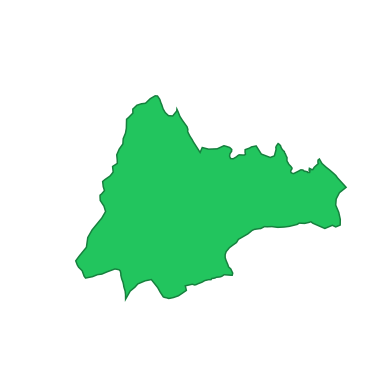 Igalamela-Odolu, Kogi, Nigeria (Albers equal-area conic projection), rotated 150°
{"feature_id": "59680162B24636018787341", "entity_name": "Igalamela-Odolu", "entity_type": "district", "adm_level": 2, "iso_a3": "NGA", "parent_name": "Nigeria", "parent_adm1": "Kogi", "projection": "albers", "projection_center": [6.989, 7.036], "detail": "fine", "context": "isolated", "style": "filled", "palette": "green", "viewbox_px": 384, "rotation_deg": 150, "n_neighbors": 0, "source": "geoboundaries", "source_scale": "gbopen_adm2", "svg_char_len": 3290}
<svg xmlns="http://www.w3.org/2000/svg" viewBox="0 0 384 384"><g transform="rotate(150 192 192)"><path d="M320.9,193.2L321.3,193.0L321.9,192.8L327.1,190.5L327.8,186.3L327.8,183.6L326.5,178.8L327.5,173.0L327.2,170.7L320.4,168.4L315.2,167.7L311.1,166.0L305.4,165.3L297.3,163.9L295.8,162.7L294.0,161.1L293.6,159.6L294.3,157.2L295.3,155.3L296.3,151.9L296.9,148.3L297.5,146.4L298.4,144.0L299.0,141.6L299.4,139.7L300.8,136.5L303.1,132.4L295.1,137.1L289.1,138.1L284.9,139.5L276.9,138.5L271.0,136.5L269.5,126.4L269.6,121.0L269.3,115.5L268.5,114.5L266.6,112.8L265.5,111.5L264.3,111.0L260.9,109.9L255.7,108.9L251.1,109.2L246.1,109.6L244.7,114.1L237.9,112.0L236.1,110.1L234.6,109.7L232.8,109.6L229.8,109.1L228.3,108.9L225.2,108.9L224.5,108.7L221.5,107.8L219.4,106.6L218.0,107.2L216.3,106.4L214.8,106.0L213.6,106.0L210.3,104.5L208.4,104.1L205.5,104.3L200.1,100.6L198.8,99.8L198.2,100.4L197.3,101.4L196.9,106.0L197.8,108.9L197.3,111.1L196.7,115.9L196.1,118.6L194.6,121.2L192.2,123.3L187.4,125.1L183.2,125.6L178.8,126.0L175.5,127.8L172.8,127.8L168.6,127.8L164.5,127.8L159.1,128.7L156.4,128.4L155.9,128.1L155.5,128.0L152.0,126.6L150.8,126.0L146.6,125.8L144.3,124.3L140.1,122.1L135.4,118.5L129.5,115.5L124.9,113.6L117.0,111.3L114.8,111.5L112.8,110.2L110.2,108.5L106.0,107.2L103.9,106.8L103.0,104.6L95.2,94.0L87.1,93.0L85.0,89.9L83.5,89.7L80.2,89.3L77.3,94.1L75.1,101.0L74.1,108.8L70.6,113.9L64.7,117.7L56.2,119.0L58.9,131.4L59.2,134.4L60.2,137.6L61.8,142.2L63.5,146.5L65.2,151.7L65.2,156.9L66.9,156.6L68.1,154.8L68.3,153.5L74.1,152.2L74.8,151.6L75.3,151.5L76.0,151.0L76.7,151.4L77.0,151.3L77.5,152.3L78.1,153.2L78.5,153.8L79.7,152.3L79.7,152.2L79.1,151.6L80.0,150.5L80.4,150.1L81.3,150.7L82.0,151.1L81.8,151.6L83.7,153.5L84.3,153.7L84.8,155.3L85.7,156.2L86.8,156.8L89.4,156.8L92.6,157.0L94.7,157.1L95.8,158.0L96.5,159.3L96.3,160.4L95.6,161.2L94.8,161.6L93.8,162.1L93.4,162.9L93.6,164.6L93.8,165.7L94.0,166.2L94.2,167.1L94.3,168.1L94.2,169.3L94.3,170.6L94.0,172.0L93.5,172.7L92.5,174.3L92.4,176.6L92.1,178.1L92.2,179.7L91.8,180.9L92.3,182.2L92.6,184.1L92.6,186.2L92.2,187.6L92.5,189.4L93.2,190.9L94.8,190.2L96.2,189.5L97.1,188.7L97.8,187.0L99.2,185.5L102.6,182.1L107.0,182.8L113.0,190.2L113.4,199.8L117.9,201.3L120.4,201.3L124.8,202.1L126.1,200.0L126.9,197.9L128.2,197.8L132.6,200.6L133.9,200.6L134.4,200.5L136.3,200.2L139.8,200.2L141.9,201.7L141.6,204.2L140.0,206.2L137.4,207.4L136.3,209.0L137.1,211.7L139.5,214.4L141.2,216.1L148.6,216.8L156.2,220.8L160.9,225.4L165.2,222.2L165.8,234.9L165.7,237.3L165.9,241.3L165.8,243.4L165.6,246.4L164.3,248.3L163.7,250.9L164.5,258.9L164.7,263.6L164.0,268.1L163.7,271.2L164.7,269.8L170.7,267.5L174.2,269.8L175.5,274.2L175.5,278.4L174.6,282.6L174.3,285.1L173.6,288.3L173.9,292.4L175.8,293.7L179.5,293.7L181.5,293.7L187.9,292.1L191.7,293.7L196.4,294.7L197.1,294.5L201.8,293.4L203.7,289.9L209.4,288.3L212.3,287.7L217.0,280.0L220.2,276.2L224.9,272.6L227.8,268.2L233.5,265.6L238.6,261.8L240.8,257.0L242.4,254.1L248.0,253.8L248.7,252.3L249.2,251.1L250.3,248.7L252.9,247.6L255.1,246.8L261.1,246.3L264.1,245.8L266.2,241.0L267.1,237.0L271.3,235.5L273.2,235.2L274.1,233.7L275.7,230.5L275.3,223.8L276.6,218.3L277.6,217.7L282.5,214.9L283.2,214.5L297.5,209.1L304.3,205.1L305.1,204.6L306.8,202.4L311.1,196.9L320.9,193.2Z" fill="#22c55e" stroke="#15803d" stroke-width="1.5"/></g></svg>